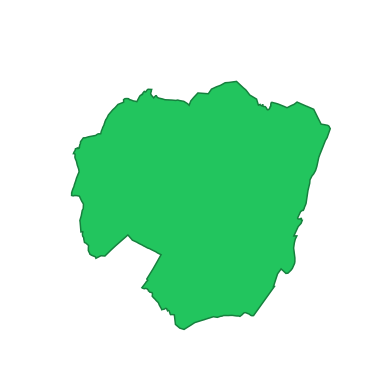 outline of Åseral nor, Vest-Agder, Norway, rotated 116°
{"feature_id": "86288312B2212467057349", "entity_name": "Åseral nor", "entity_type": "district", "adm_level": 2, "iso_a3": "NOR", "parent_name": "Norway", "parent_adm1": "Vest-Agder", "projection": "robinson", "projection_center": [7.403, 58.684], "detail": "fine", "context": "isolated", "style": "filled", "palette": "green", "viewbox_px": 384, "rotation_deg": 116, "n_neighbors": 0, "source": "geoboundaries", "source_scale": "gbopen_adm2", "svg_char_len": 5649}
<svg xmlns="http://www.w3.org/2000/svg" viewBox="0 0 384 384"><g transform="rotate(116 192 192)"><path d="M309.3,162.1L309.2,162.1L309.2,161.9L308.8,161.3L308.9,160.5L310.0,159.3L310.2,159.1L311.4,157.9L311.6,157.5L310.5,155.3L310.2,154.0L318.3,148.8L319.7,143.3L319.0,138.9L308.1,132.2L299.1,122.7L298.0,121.6L297.9,121.4L297.7,121.2L294.7,118.1L293.5,114.2L291.4,112.1L290.3,110.5L289.1,109.4L287.1,105.2L285.8,102.9L285.2,101.7L284.4,99.2L283.6,96.9L283.1,96.2L282.8,94.4L280.4,93.2L278.9,92.7L277.6,92.1L276.9,90.8L276.8,88.7L276.7,87.8L276.7,86.8L277.1,85.0L276.9,83.8L276.1,82.5L240.6,76.5L240.6,76.8L240.7,77.0L241.6,77.0L241.6,77.3L228.1,79.2L222.1,78.2L222.5,77.1L222.4,76.9L224.0,71.9L222.9,70.2L218.8,68.7L216.7,68.3L211.3,68.5L209.5,69.0L206.2,70.6L197.8,76.1L192.9,77.7L189.1,78.5L185.5,78.5L186.8,81.2L176.5,81.4L172.3,80.2L169.0,80.5L169.1,80.9L169.2,81.1L169.1,81.5L168.9,81.8L168.2,81.9L167.8,82.1L167.8,82.4L168.1,82.7L169.0,83.3L169.3,83.8L169.4,84.1L169.6,84.7L169.6,85.2L169.5,85.4L169.4,85.5L168.9,85.7L162.1,85.8L160.0,84.7L160.0,84.2L159.5,83.9L157.4,84.0L156.5,84.2L154.1,84.3L152.2,84.5L139.9,88.4L132.6,90.0L129.6,91.2L129.1,91.3L124.9,91.2L122.5,90.6L119.1,90.4L118.2,90.4L114.3,91.0L113.1,91.3L105.4,93.2L104.5,93.3L101.5,93.6L97.2,93.9L87.2,94.7L84.0,94.4L74.5,95.5L72.8,97.8L72.6,99.2L73.5,102.7L74.4,105.7L69.8,111.8L68.3,113.7L64.3,118.9L64.5,123.5L64.6,125.0L64.6,126.2L64.7,126.3L65.0,133.7L65.0,134.8L65.1,135.7L65.1,137.0L66.9,137.9L68.5,138.7L70.7,140.6L72.7,142.1L73.7,142.8L74.6,143.6L74.7,146.7L75.1,152.2L75.2,153.4L75.6,155.8L75.9,157.1L76.2,158.6L76.2,158.8L76.3,159.1L76.4,159.4L76.5,159.6L76.7,159.9L77.1,159.9L77.4,159.9L77.7,159.9L77.9,159.7L78.4,159.7L79.2,159.4L79.8,159.1L79.9,158.9L80.0,158.8L80.7,159.0L81.3,159.1L82.3,158.9L82.8,158.9L83.4,159.0L84.1,159.2L84.4,159.4L84.8,159.7L84.9,159.9L84.9,160.0L85.0,160.2L85.0,160.5L84.9,160.7L84.7,160.9L84.3,161.3L84.2,161.6L83.9,161.9L83.7,162.4L83.6,162.6L83.4,163.0L83.2,163.6L83.2,163.9L83.3,164.1L83.5,164.5L83.7,164.9L83.9,165.3L83.9,165.7L83.7,166.1L82.8,166.2L82.6,166.3L82.6,166.5L82.7,166.9L82.9,167.0L83.7,167.0L83.8,167.1L84.0,167.1L84.0,167.8L83.9,168.5L83.8,169.2L83.8,169.4L83.7,169.4L83.9,169.7L84.1,169.9L84.7,170.1L84.7,170.5L80.2,174.7L79.5,182.6L76.8,188.0L76.3,189.7L76.1,190.5L76.0,191.1L73.1,200.5L77.4,206.9L79.0,209.7L79.4,210.2L83.7,213.2L86.8,216.2L91.0,219.6L96.5,220.4L96.9,221.3L100.4,230.1L106.3,231.9L110.7,233.0L115.3,232.6L114.6,234.5L114.1,239.1L115.3,243.4L115.6,245.1L115.8,245.4L116.8,246.7L118.2,250.4L120.9,256.7L121.3,259.4L122.1,262.8L122.2,263.7L122.1,264.7L121.1,266.3L121.5,266.9L124.2,267.7L123.7,268.6L123.6,269.2L122.5,271.4L121.5,272.4L119.1,272.8L118.4,273.1L117.5,273.2L118.9,276.5L119.6,276.9L121.0,277.3L122.1,277.4L122.4,277.6L122.6,278.5L122.5,279.0L124.4,279.5L125.9,279.3L126.3,279.5L126.1,279.8L126.3,280.0L127.4,280.3L127.5,280.4L127.6,280.6L128.3,280.9L128.5,280.9L129.3,281.0L135.0,281.2L135.3,282.9L135.8,284.4L136.1,287.7L136.2,288.0L136.4,288.8L135.9,289.8L136.5,291.4L137.5,293.2L139.0,294.0L141.2,292.8L141.5,293.0L145.7,296.9L149.9,298.1L153.0,299.3L159.3,300.9L162.8,300.9L163.2,301.0L164.0,301.0L164.5,301.1L164.8,301.2L167.4,301.0L168.0,300.8L168.8,300.8L169.8,300.6L170.5,300.5L172.6,300.5L172.9,300.6L174.6,300.3L176.8,300.2L179.7,299.6L180.0,300.0L180.6,301.4L180.9,301.8L181.2,302.1L182.1,302.7L182.7,303.0L183.1,303.2L183.5,303.5L186.9,308.1L188.0,309.5L190.0,311.6L191.0,313.4L194.7,314.1L195.8,314.2L196.6,313.9L196.8,313.7L197.1,313.6L197.5,313.5L197.9,313.5L198.4,313.6L200.1,313.2L200.9,313.1L200.9,312.8L201.3,312.7L202.1,312.7L202.2,312.8L202.4,313.0L203.0,313.5L202.8,313.9L202.5,314.1L202.6,314.3L203.6,315.0L204.1,315.5L204.3,315.7L205.8,315.3L206.2,315.3L206.6,315.4L207.8,315.5L208.2,315.5L208.5,315.5L209.5,315.4L209.2,314.8L209.2,314.6L209.2,313.8L210.2,313.2L211.4,312.8L212.2,312.4L213.2,311.5L213.4,311.3L213.9,310.7L214.3,310.2L215.0,309.4L218.0,307.0L218.3,306.7L219.1,305.9L219.6,305.4L220.7,304.3L221.6,303.5L223.5,302.3L226.0,302.2L228.5,302.0L229.0,302.0L230.2,301.9L233.1,301.4L237.2,300.9L238.8,300.5L241.7,300.4L243.0,300.2L243.3,300.2L244.5,300.0L245.1,299.8L245.6,299.8L246.6,299.3L246.6,299.2L247.9,298.7L247.6,297.2L247.2,296.6L246.6,296.0L246.6,295.8L245.8,294.1L245.1,291.4L248.3,287.5L250.4,284.3L254.6,282.5L254.8,282.5L255.1,282.5L255.5,282.5L255.8,282.5L256.5,282.6L262.0,281.1L266.7,280.3L268.2,279.3L276.6,274.3L276.1,273.6L275.8,273.1L275.6,272.8L276.3,272.4L277.0,272.4L278.3,271.8L279.6,270.9L280.3,269.7L280.6,269.3L281.9,268.5L284.5,266.5L284.4,265.3L285.2,262.3L285.5,261.5L287.6,260.7L290.1,259.5L290.8,258.6L291.3,258.0L292.0,257.1L292.6,256.6L292.9,254.7L292.6,250.3L293.7,249.3L289.2,245.9L287.7,242.2L279.8,239.4L273.8,237.1L258.8,230.8L258.9,230.3L259.9,228.0L260.9,225.6L261.4,224.6L261.3,219.4L261.4,218.6L261.5,217.1L261.5,215.4L261.5,214.3L261.5,213.1L261.7,211.9L261.6,211.4L261.8,207.4L261.5,205.1L261.6,203.2L261.6,198.4L261.9,196.0L261.9,194.9L261.9,193.0L261.9,192.3L273.6,193.0L278.1,193.3L284.1,193.9L290.0,194.5L290.2,194.3L290.3,194.0L290.7,193.1L291.1,193.1L292.5,193.7L294.0,193.9L295.7,194.2L300.0,195.1L300.1,194.4L299.9,192.5L299.0,191.5L298.7,189.9L298.9,189.5L299.1,188.6L300.0,187.8L300.0,187.1L300.1,186.8L300.5,186.1L300.4,185.6L300.0,183.9L300.8,182.9L303.1,182.1L303.2,181.9L303.4,181.3L303.8,180.5L303.8,180.1L304.1,179.7L304.4,178.6L305.3,176.5L306.2,173.8L308.3,171.4L308.9,170.4L309.4,169.8L310.2,168.5L311.1,167.6L310.8,167.3L310.6,167.1L309.5,165.6L309.0,165.3L308.2,164.8L308.1,164.2L307.9,163.7L308.4,163.2L308.7,162.9L309.3,162.1Z" fill="#22c55e" stroke="#15803d" stroke-width="1.5"/></g></svg>